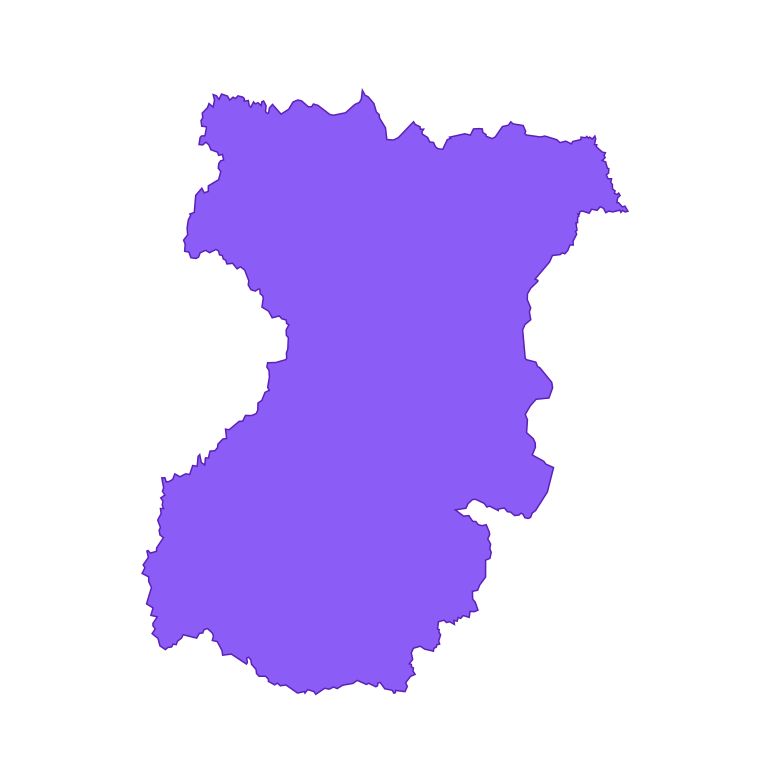 Flavio Alfaro, Manabi, Ecuador (Natural Earth projection), rotated 173°
{"feature_id": "8360857B52288748558736", "entity_name": "Flavio Alfaro", "entity_type": "district", "adm_level": 2, "iso_a3": "ECU", "parent_name": "Ecuador", "parent_adm1": "Manabi", "projection": "natural_earth1", "projection_center": [-79.814, -0.325], "detail": "fine", "context": "isolated", "style": "filled", "palette": "violet", "viewbox_px": 768, "rotation_deg": 173, "n_neighbors": 0, "source": "geoboundaries", "source_scale": "gbopen_adm2", "svg_char_len": 6137}
<svg xmlns="http://www.w3.org/2000/svg" viewBox="0 0 768 768"><g transform="rotate(173 384 384)"><path d="M541.0,600.5L547.9,594.2L551.4,577.4L556.0,576.4L555.4,574.8L558.1,571.0L560.4,563.0L560.7,556.0L565.4,551.2L564.3,547.0L565.7,540.0L561.5,538.7L560.3,532.9L555.4,531.5L552.6,532.5L550.5,536.6L546.2,538.0L544.4,538.2L541.2,535.6L534.4,538.0L532.0,536.2L531.5,532.2L528.8,531.3L528.3,527.7L526.1,526.3L525.3,522.3L519.5,522.2L515.8,516.2L512.2,517.9L508.4,514.1L505.6,502.9L506.7,498.9L504.6,493.8L500.4,491.9L496.8,493.6L495.7,493.2L495.9,488.6L493.7,486.4L493.4,483.7L495.8,475.2L489.7,470.4L486.9,463.3L479.6,464.3L477.5,461.2L473.3,459.4L473.3,456.0L471.2,454.3L474.5,449.6L475.0,444.2L473.3,441.7L475.2,430.5L477.1,426.6L477.5,421.1L478.8,420.1L488.8,418.5L496.9,419.3L498.2,415.1L496.5,411.6L496.9,404.8L499.9,394.8L498.7,391.7L503.1,390.2L507.3,382.6L511.4,380.5L512.5,373.3L514.6,370.1L519.4,368.8L525.3,369.7L528.8,364.3L532.3,364.6L543.3,357.5L546.8,358.5L546.9,349.0L550.6,349.1L556.1,344.6L557.1,341.0L559.9,338.4L564.9,338.6L567.3,332.0L570.2,332.4L571.8,325.5L574.9,328.4L575.5,336.4L577.3,334.8L579.5,325.1L583.8,326.4L587.9,317.9L591.8,319.0L597.8,316.8L602.6,320.3L605.3,315.1L609.2,313.4L612.1,313.4L612.9,317.7L616.0,317.9L615.4,307.7L617.0,304.5L615.0,300.5L619.5,298.2L617.7,294.8L618.9,290.8L617.9,287.2L621.1,287.7L621.0,282.5L625.2,276.5L623.4,268.9L625.0,266.2L624.8,261.5L621.7,258.4L629.6,249.1L630.3,245.6L636.5,244.7L638.5,247.5L639.7,247.1L639.0,240.6L645.1,233.8L643.7,230.8L647.2,225.4L641.1,221.3L641.6,216.6L639.6,210.4L646.5,194.7L640.5,189.9L643.6,182.8L637.4,180.5L642.5,174.6L642.8,172.2L640.9,168.8L644.6,164.5L639.3,159.0L638.3,151.4L633.3,147.0L630.7,148.8L626.8,148.9L625.0,151.5L622.0,150.6L620.4,153.8L615.9,156.5L613.9,159.6L600.9,154.6L597.7,159.0L594.2,159.0L592.5,162.2L589.0,162.8L584.7,157.7L584.0,154.5L585.7,150.4L580.9,148.7L577.3,139.2L577.2,134.5L568.4,134.5L554.7,122.8L553.5,124.2L553.7,128.8L551.7,129.3L549.8,126.4L549.7,122.0L545.8,116.3L545.8,112.2L543.6,109.1L537.1,108.4L534.8,105.1L534.9,102.9L529.2,98.7L526.3,100.1L523.7,97.1L518.0,97.2L507.5,87.8L500.6,88.4L500.1,86.8L497.0,90.0L491.0,87.2L489.5,84.3L480.0,89.2L475.6,87.8L471.0,89.4L467.6,87.4L461.7,90.1L451.4,90.6L446.7,93.1L438.0,87.9L435.8,88.9L429.0,84.5L427.2,85.2L426.6,87.9L424.1,88.2L420.4,81.4L413.2,79.0L411.9,75.9L410.4,76.2L409.8,78.4L400.6,76.1L397.7,81.0L398.9,84.8L393.3,90.6L388.5,92.0L390.2,95.5L389.4,98.6L391.3,100.0L391.0,102.3L393.1,103.2L389.1,107.1L389.7,113.8L386.9,118.2L379.9,119.3L376.0,115.9L367.5,112.8L366.7,115.6L364.1,116.5L363.3,118.8L360.5,119.0L361.0,122.3L358.4,128.1L359.8,131.1L359.1,133.5L360.7,134.4L358.9,141.4L353.2,142.2L351.0,139.6L347.9,140.1L343.4,136.8L343.5,140.8L340.2,139.7L338.9,143.2L336.5,142.0L333.6,144.5L327.9,142.0L326.3,147.8L322.0,147.0L318.3,148.1L320.0,156.2L322.2,159.7L321.5,167.4L316.2,167.9L313.4,173.0L306.7,180.0L304.6,196.8L300.1,198.0L298.1,203.9L299.0,207.6L297.7,212.1L299.9,217.7L297.5,221.5L297.5,224.0L299.7,231.9L304.0,231.4L307.6,232.9L309.6,236.3L312.7,236.9L315.8,243.0L321.1,243.2L328.6,250.4L317.8,250.7L315.1,255.1L310.1,258.6L307.0,258.3L299.2,253.4L296.8,249.3L294.3,250.0L286.0,244.5L285.7,246.0L279.6,246.2L277.1,242.2L273.9,241.4L270.4,237.5L265.9,237.5L263.8,239.1L262.0,237.9L260.5,234.1L257.3,233.0L254.8,233.7L252.6,237.9L249.1,239.8L235.0,256.9L225.9,280.4L233.2,284.8L234.8,287.8L245.5,295.5L241.4,302.8L241.1,307.1L242.5,311.5L248.4,318.3L246.0,331.0L247.5,336.6L241.3,344.7L234.9,350.3L222.0,350.0L217.1,359.7L217.3,365.2L227.3,381.1L229.5,382.7L230.6,387.2L239.7,390.8L240.7,392.4L239.8,420.8L236.8,425.9L230.5,429.9L230.9,437.9L229.1,441.6L231.5,450.2L230.6,456.0L226.6,461.3L219.0,467.0L218.6,468.1L221.3,469.7L204.8,484.9L201.2,491.0L193.3,491.0L191.0,492.4L188.7,491.2L185.4,494.0L182.4,499.4L179.3,498.8L178.9,502.8L174.5,509.2L175.3,512.1L173.7,513.1L173.8,520.6L172.2,520.5L171.5,525.9L170.1,526.9L170.8,529.2L169.5,528.7L168.5,531.3L165.8,531.4L159.6,528.5L156.6,532.2L151.3,530.4L147.8,533.6L144.7,531.6L143.0,527.0L139.7,528.2L136.0,526.9L128.8,527.8L127.9,525.5L126.2,527.2L123.7,525.4L120.8,525.7L123.2,531.2L125.9,530.8L129.1,535.4L130.8,535.7L129.4,540.3L126.7,542.3L127.8,544.9L129.5,543.7L132.1,545.1L131.1,547.5L133.4,549.8L133.0,554.2L134.4,556.5L133.1,560.0L136.5,560.4L137.9,564.4L135.4,566.0L134.6,570.4L136.0,570.9L136.9,577.4L140.2,579.2L136.9,581.7L137.7,584.0L136.1,586.6L139.0,587.5L144.4,593.6L143.6,595.5L145.9,596.0L144.0,601.7L144.5,604.4L147.3,601.8L149.8,604.0L151.2,603.1L152.5,605.0L154.0,603.9L158.4,605.0L158.8,602.6L167.1,601.7L168.7,599.5L174.1,602.9L179.9,602.1L182.7,605.4L194.1,610.5L198.6,610.1L212.3,613.8L213.7,615.2L212.6,617.6L214.4,623.6L224.3,626.5L226.2,628.8L229.0,625.7L235.1,625.1L243.4,615.7L246.7,614.4L252.4,617.4L252.4,619.3L255.3,621.5L255.3,625.2L257.8,625.8L264.1,626.3L267.9,620.5L273.3,622.5L288.8,621.0L287.9,619.7L291.4,618.8L297.1,609.8L301.7,610.9L304.0,613.2L305.4,617.7L309.1,618.7L310.7,623.4L315.5,627.3L315.6,629.7L313.6,632.1L316.9,632.4L316.9,635.0L321.3,637.7L322.7,640.7L339.7,626.8L344.9,625.0L351.4,626.3L351.3,638.1L356.0,648.4L356.0,652.1L358.4,654.8L359.8,663.5L364.8,671.1L367.5,672.8L369.7,678.1L371.8,669.5L374.1,666.5L378.9,665.0L389.1,657.9L401.5,656.9L405.0,658.2L415.6,668.6L420.0,670.5L422.0,668.0L425.3,668.3L431.2,675.0L434.9,676.4L439.9,675.0L445.1,668.3L453.3,664.4L460.6,675.1L464.2,671.8L465.4,667.3L466.7,666.7L468.4,668.8L467.1,674.5L469.0,679.6L470.9,679.0L472.0,675.3L474.7,678.5L477.7,677.8L479.1,679.9L482.4,675.0L483.9,676.7L484.1,681.9L488.3,681.8L487.8,684.2L489.2,686.0L493.9,687.8L496.4,685.5L498.9,687.1L502.5,684.6L504.3,688.9L509.9,691.6L513.1,686.6L515.2,690.5L518.3,692.1L517.6,686.5L519.9,679.8L523.5,683.7L525.5,679.8L531.4,675.0L531.4,670.4L533.5,667.8L533.5,662.1L529.1,661.0L529.1,659.6L531.5,652.2L534.9,652.4L536.5,651.0L538.4,644.2L534.8,643.4L531.2,645.7L528.6,642.5L527.3,637.6L521.0,634.4L520.2,631.1L516.4,631.5L515.9,625.9L519.0,625.4L521.1,623.0L522.2,618.4L520.1,614.8L523.3,606.9L534.2,602.1L535.0,596.5L539.1,595.7L541.0,600.5Z" fill="#8b5cf6" stroke="#5b21b6" stroke-width="1.5"/></g></svg>